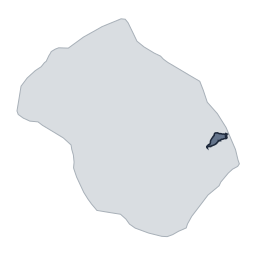 Tsa-le-Moleka, Butha-Buthe, Lesotho (highlighted), rotated 89°
{"feature_id": "5366337B25108724147301", "entity_name": "Tsa-le-Moleka", "entity_type": "district", "adm_level": 2, "iso_a3": "LSO", "parent_name": "Lesotho", "parent_adm1": "Butha-Buthe", "projection": "mercator", "projection_center": [28.369, -28.789], "detail": "fine", "context": "in_parent", "style": "filled", "palette": "slate", "viewbox_px": 256, "rotation_deg": 89, "n_neighbors": 0, "source": "geoboundaries", "source_scale": "gbopen_adm2", "svg_char_len": 4056}
<svg xmlns="http://www.w3.org/2000/svg" viewBox="0 0 256 256"><g transform="rotate(89 128 128)"><path d="M176.2,180.2L167.8,182.9L166.6,183.1L161.2,182.5L154.0,183.1L148.4,184.6L144.0,185.2L136.8,192.8L123.8,213.5L120.3,217.9L119.4,226.0L116.3,232.5L112.6,237.5L109.0,238.7L98.2,236.7L84.3,234.2L76.2,227.9L69.0,219.7L65.2,213.7L61.2,210.4L59.9,208.6L54.2,205.8L52.1,204.4L50.2,203.4L47.9,199.4L46.6,195.9L47.1,186.3L43.1,180.6L36.3,170.9L32.0,162.9L26.1,152.0L22.5,142.7L18.7,133.0L19.2,128.9L22.8,126.1L33.3,121.2L41.4,117.5L47.2,110.6L53.6,100.4L56.7,94.2L59.8,91.4L63.1,87.1L69.0,77.5L75.6,66.9L82.6,55.4L91.5,52.1L103.6,48.3L115.2,38.4L129.1,30.0L151.4,20.9L161.8,18.6L165.8,17.3L168.3,19.0L171.0,24.2L174.8,28.5L183.6,36.1L187.3,37.9L196.4,49.2L206.2,56.9L217.4,65.8L225.0,70.2L228.9,71.5L232.2,79.4L235.4,85.2L237.3,90.7L236.9,96.1L233.4,109.2L228.2,122.6L224.1,128.2L219.0,131.7L214.1,137.0L212.2,147.8L209.9,160.5L203.5,165.7L198.5,169.2L191.5,173.4L176.2,180.2Z" fill="#d9dde1" stroke="#a8b0b8" stroke-width="1"/><path d="M149.4,49.0L149.0,49.1L148.9,49.1L148.6,49.0L148.5,48.8L148.4,48.8L148.3,48.7L148.2,48.6L147.8,48.2L147.9,47.9L148.0,47.7L148.0,47.4L148.0,47.2L147.9,47.2L147.9,46.9L147.7,46.8L147.7,46.7L147.9,46.7L147.7,46.6L147.8,46.4L147.7,46.3L147.8,46.2L147.8,45.9L147.7,45.8L147.7,45.7L147.6,45.4L147.5,45.2L147.4,45.0L147.5,45.0L147.3,44.8L147.3,44.7L147.2,44.6L147.2,44.4L147.2,44.2L147.2,43.9L147.0,43.7L146.9,43.4L146.8,43.2L146.7,43.1L146.7,42.9L146.6,42.7L146.5,42.3L146.4,42.2L146.3,41.9L146.2,41.8L146.2,41.7L146.0,41.3L146.0,41.2L145.9,41.1L145.8,40.9L145.5,40.8L145.5,40.7L145.4,40.7L145.3,40.4L145.1,40.2L145.1,39.9L144.9,39.8L144.7,39.7L144.5,39.4L144.4,39.4L144.4,39.2L144.1,39.1L143.8,38.9L143.7,38.9L143.5,38.7L143.4,38.5L143.4,38.3L143.1,38.1L142.9,38.0L142.7,38.0L142.5,37.9L142.3,37.9L142.1,37.9L142.2,37.6L142.3,37.4L142.5,37.1L142.5,36.9L142.3,36.7L142.2,36.7L142.0,36.4L142.1,36.2L141.9,36.1L142.0,36.0L142.1,35.9L142.2,35.7L141.9,35.7L141.7,35.6L141.4,35.2L141.1,35.1L140.9,34.8L140.9,34.5L140.9,34.4L141.0,34.0L140.8,33.5L140.8,33.3L140.7,33.1L140.7,32.8L140.6,32.6L140.4,32.5L140.3,32.4L140.3,32.0L140.3,31.9L140.3,31.4L140.2,31.0L140.3,30.8L140.3,30.7L140.2,30.3L140.3,30.2L140.2,30.1L139.9,30.2L140.0,30.0L140.0,29.9L140.0,29.7L139.9,29.7L139.6,29.8L139.4,29.6L139.5,29.5L139.5,29.4L139.4,29.2L139.2,29.3L138.9,29.4L138.8,29.5L138.7,29.6L138.5,29.4L138.4,29.4L138.4,29.5L138.3,29.8L138.2,29.8L137.8,29.8L137.7,29.9L137.7,30.0L137.8,30.0L138.0,30.2L138.2,30.3L138.1,30.5L137.8,30.3L137.6,30.3L137.3,30.2L137.2,30.2L137.0,29.9L136.8,29.9L136.7,29.9L136.4,29.9L136.2,29.7L136.3,29.6L136.4,29.4L136.2,29.4L136.0,29.2L135.9,29.0L135.8,29.3L135.8,29.5L135.7,29.5L135.8,29.7L135.7,29.8L135.7,30.1L135.4,30.2L135.4,30.3L135.5,30.4L135.5,30.5L135.8,30.8L135.7,30.8L135.8,30.9L135.8,31.0L135.7,31.1L135.8,31.3L135.9,31.6L135.9,31.8L135.9,32.0L135.8,32.3L135.7,32.4L135.7,32.6L135.7,32.8L135.8,32.9L135.8,33.1L135.7,33.2L135.7,33.3L135.8,33.4L135.8,33.5L135.7,33.5L135.7,33.8L135.7,34.0L135.6,34.3L135.5,34.5L135.4,34.7L135.4,34.8L135.3,35.0L135.2,35.4L135.2,35.5L135.3,35.7L135.2,35.8L135.2,36.0L135.3,36.1L135.3,36.4L135.3,36.5L135.2,36.7L135.2,36.8L135.1,37.0L135.0,37.3L135.0,37.5L134.9,37.6L134.8,37.8L134.7,37.9L134.6,38.0L134.4,38.5L134.5,38.8L134.4,39.0L134.4,39.5L134.4,39.9L134.4,40.1L134.5,40.2L134.5,40.3L134.5,40.7L134.5,40.8L134.7,41.2L134.8,41.3L135.0,41.5L135.4,41.7L135.5,41.7L135.7,41.8L136.0,41.8L136.3,41.9L136.6,41.9L136.6,42.0L136.8,42.1L137.0,42.2L137.2,42.3L137.3,42.3L137.7,42.5L137.9,43.0L138.0,43.1L138.3,43.1L138.5,43.3L138.9,43.5L139.1,43.6L139.2,43.8L139.3,43.9L139.5,44.0L139.9,44.4L140.2,44.5L140.3,44.6L140.5,44.7L140.7,44.8L141.0,45.0L141.4,45.3L141.8,45.5L142.0,45.6L142.3,45.7L142.5,45.7L143.4,45.9L144.0,45.8L144.6,46.1L145.2,46.1L145.5,46.6L145.8,46.8L145.8,47.0L145.9,47.5L146.1,47.9L146.2,48.0L146.3,48.1L146.6,48.2L146.8,48.4L147.0,48.5L147.5,49.3L147.9,49.6L148.0,49.6L148.7,49.5L149.0,49.5L149.1,49.3L149.4,49.0Z" fill="#64748b" stroke="#1e293b" stroke-width="1.5"/></g></svg>